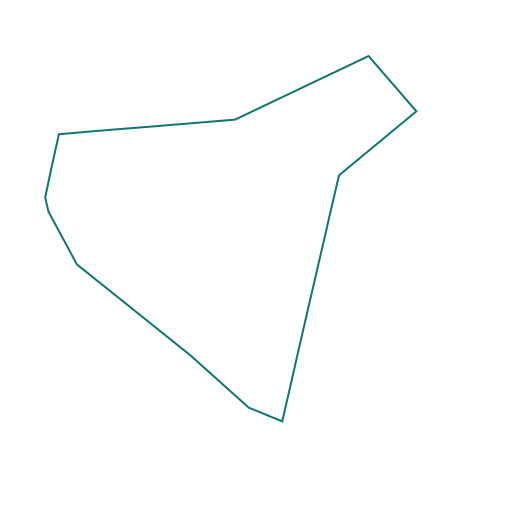 the district of Vlieland, Netherlands, rotated 256°
{"feature_id": "6326949B88716903522268", "entity_name": "Vlieland", "entity_type": "district", "adm_level": 2, "iso_a3": "NLD", "parent_name": "Netherlands", "parent_adm1": "", "projection": "mercator", "projection_center": [5.012, 53.205], "detail": "fine", "context": "isolated", "style": "outline", "palette": "teal", "viewbox_px": 512, "rotation_deg": 256, "n_neighbors": 0, "source": "geoboundaries", "source_scale": "gbopen_adm2", "svg_char_len": 986}
<svg xmlns="http://www.w3.org/2000/svg" viewBox="0 0 512 512"><g transform="rotate(256 256 256)"><path d="M407.6,181.5L412.9,149.9L417.2,123.4L421.8,94.2L393.5,80.1L386.0,76.4L363.7,65.6L349.1,65.4L291.1,80.2L249.4,112.0L175.6,168.2L110.7,212.2L89.2,241.4L94.2,244.0L100.7,247.3L107.6,250.8L117.8,256.0L128.5,261.4L138.3,266.4L145.5,270.0L148.5,271.5L159.3,277.0L167.8,281.4L169.1,282.0L173.6,284.3L179.3,287.2L185.5,290.4L191.9,293.6L198.0,296.7L204.8,300.2L210.5,303.1L217.5,306.7L223.6,309.8L230.7,313.4L237.5,316.9L245.0,320.7L250.6,323.6L257.2,327.0L263.1,330.0L270.7,333.8L277.4,337.2L284.2,340.7L290.8,344.1L297.0,347.3L305.4,351.5L314.2,356.1L318.4,364.8L321.9,372.1L325.9,380.5L326.6,381.8L327.9,384.6L329.9,388.8L333.6,396.6L334.4,398.2L338.0,405.8L342.3,414.6L345.7,421.8L348.9,428.4L349.0,428.8L352.3,435.6L355.5,442.2L357.6,446.6L394.0,428.2L397.4,426.4L422.8,413.6L411.9,359.7L402.8,314.9L393.4,268.7L407.6,181.5Z" fill="none" stroke="#0f766e" stroke-width="2"/></g></svg>